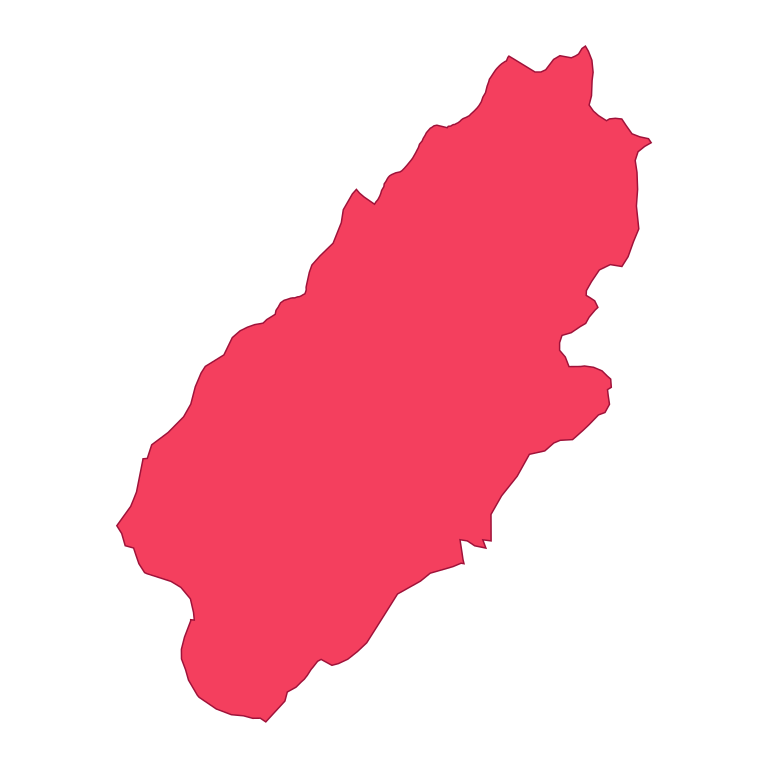 Tougue, Tougué, Guinea (Natural Earth projection)
{"feature_id": "49546643B49131951551470", "entity_name": "Tougue", "entity_type": "district", "adm_level": 2, "iso_a3": "GIN", "parent_name": "Guinea", "parent_adm1": "Tougué", "projection": "natural_earth1", "projection_center": [-11.477, 11.51], "detail": "fine", "context": "isolated", "style": "filled", "palette": "rose", "viewbox_px": 768, "rotation_deg": 0, "n_neighbors": 0, "source": "geoboundaries", "source_scale": "gbopen_adm2", "svg_char_len": 3339}
<svg xmlns="http://www.w3.org/2000/svg" viewBox="0 0 768 768"><path d="M265.8,721.9L284.9,701.1L287.3,692.0L296.1,687.1L301.3,681.9L304.3,679.2L307.4,675.2L311.1,669.4L312.9,667.3L317.6,661.3L321.1,659.4L331.9,665.3L338.4,663.6L347.8,659.2L357.6,651.4L366.7,642.8L379.0,623.4L397.5,594.0L420.5,581.1L430.2,573.2L453.0,566.6L461.1,563.2L464.0,563.7L463.0,559.6L462.0,552.7L460.0,539.7L467.3,540.9L474.7,545.8L485.9,548.1L482.8,539.8L491.1,540.9L491.0,514.4L501.6,495.8L517.2,476.2L529.4,454.3L544.8,450.9L553.8,443.0L560.2,440.3L572.6,439.6L577.7,435.1L583.0,430.4L589.0,424.7L598.5,414.9L605.0,412.5L609.5,404.3L608.2,395.5L607.5,389.6L611.3,387.3L610.7,379.1L607.1,375.9L602.1,370.9L593.6,367.3L584.5,366.0L580.5,366.5L569.0,366.6L565.3,357.0L559.6,350.3L559.6,342.7L562.0,335.4L571.2,332.7L580.2,326.6L585.7,323.4L589.1,317.2L594.9,310.3L597.9,307.4L594.7,300.8L590.0,297.7L586.2,295.4L586.4,290.6L591.5,281.6L599.4,269.9L610.3,264.6L621.9,266.5L628.1,256.7L633.5,241.6L638.8,228.9L636.4,206.0L637.6,189.4L637.0,172.4L635.2,160.5L638.0,151.8L644.7,146.4L651.2,142.7L648.5,138.7L639.7,136.8L632.0,133.8L626.1,125.5L621.8,119.0L615.4,118.3L609.5,118.9L606.5,120.7L598.5,115.6L593.4,111.1L589.1,105.0L591.5,95.8L592.1,80.5L593.1,72.3L591.9,60.2L588.4,51.3L586.0,47.1L585.4,46.1L582.0,48.5L578.6,54.0L575.6,55.9L571.3,57.8L559.9,55.7L553.6,59.4L545.7,69.8L540.9,72.0L535.0,72.0L513.1,58.6L508.9,56.1L507.9,57.3L506.4,61.0L505.4,61.3L501.9,63.6L499.6,65.6L497.1,68.2L495.5,70.1L493.4,73.2L491.4,76.3L489.4,79.2L488.7,81.8L487.1,86.2L486.3,89.4L485.5,92.7L482.9,97.1L481.3,101.8L479.0,105.6L477.1,108.0L473.9,111.3L471.1,113.8L469.3,115.7L466.1,117.4L463.1,118.6L461.3,119.9L460.1,121.2L458.0,122.8L456.2,123.6L455.0,124.4L453.3,124.6L452.1,125.2L450.7,126.1L448.3,126.3L447.2,127.7L443.9,126.9L441.5,126.3L439.3,125.8L436.9,125.2L434.0,125.8L431.8,127.4L430.3,128.2L428.1,130.7L426.4,132.7L425.1,135.3L423.2,138.4L422.2,140.9L419.5,144.2L418.4,147.6L417.1,150.0L415.8,152.6L414.2,155.4L412.8,157.9L411.2,160.1L408.5,163.4L406.6,165.7L404.1,168.5L401.8,170.8L400.0,171.9L395.8,172.8L393.0,174.0L391.6,174.6L389.7,175.8L388.4,177.2L387.5,178.5L387.0,179.4L386.0,181.3L384.2,183.9L383.9,186.6L382.8,188.4L381.6,190.5L380.8,193.4L379.9,195.8L378.4,198.7L377.6,200.0L376.0,201.8L374.5,204.2L364.1,197.0L359.5,193.1L356.4,189.4L352.4,193.9L343.3,209.7L341.3,222.7L333.1,243.2L320.0,255.9L311.9,265.0L309.3,272.4L306.5,285.2L306.1,287.2L306.2,289.9L305.5,292.2L304.8,293.9L303.4,294.5L301.3,295.8L299.5,296.6L297.4,296.9L294.7,297.9L292.6,297.9L290.6,298.2L288.0,299.1L286.2,299.7L284.1,300.3L280.6,302.8L278.9,305.8L278.3,307.0L276.5,309.6L276.0,310.4L275.2,314.3L266.7,319.6L265.1,321.2L263.1,323.1L260.1,323.7L254.7,324.6L247.4,327.2L240.1,330.8L232.3,337.6L223.9,354.9L205.3,366.4L201.1,373.0L195.3,386.7L190.8,404.1L183.6,416.8L168.1,432.5L151.7,444.8L147.3,458.4L143.0,458.8L142.7,460.7L140.3,472.8L136.5,492.0L133.5,499.6L130.6,506.6L130.4,506.8L116.8,525.7L121.7,533.5L125.2,545.7L133.6,548.0L135.8,554.7L138.9,563.7L144.6,572.6L147.0,573.7L171.0,581.4L180.9,587.4L190.4,598.8L193.5,612.3L194.3,620.1L190.7,619.7L190.7,620.9L184.5,637.1L181.4,649.3L181.5,658.9L185.6,669.8L188.5,680.1L197.4,695.3L199.1,697.3L216.3,709.0L231.4,714.7L243.5,715.8L252.7,718.3L260.3,718.2L265.8,721.9Z" fill="#f43f5e" stroke="#9f1239" stroke-width="1.5"/></svg>